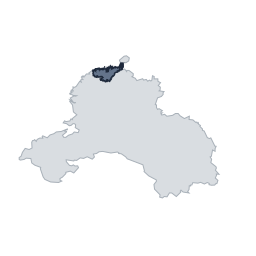 Guangdong on a map of China (Albers equal-area conic projection), rotated 193°
{"feature_id": "CHN-1180", "entity_name": "Guangdong", "entity_type": "Province", "adm_level": 1, "iso_a3": "CHN", "parent_name": "China", "parent_adm1": "", "projection": "albers", "projection_center": [112.97, 22.878], "detail": "fine", "context": "in_parent", "style": "filled", "palette": "slate", "viewbox_px": 256, "rotation_deg": 193, "n_neighbors": 0, "source": "natural_earth", "source_scale": "10m", "svg_char_len": 9186}
<svg xmlns="http://www.w3.org/2000/svg" viewBox="0 0 256 256"><g transform="rotate(193 128 128)"><path d="M140.0,184.3L135.1,182.1L134.7,179.9L135.7,178.8L132.1,178.1L130.1,176.2L124.8,179.3L123.6,178.2L121.1,179.4L119.3,178.0L117.8,179.5L116.3,178.9L115.5,179.8L115.9,184.4L114.1,184.1L113.6,181.7L110.0,182.6L109.3,180.2L106.5,179.5L108.1,176.2L105.7,175.1L105.3,172.0L106.0,171.2L101.1,171.6L101.8,170.3L101.3,168.6L102.6,166.2L106.0,164.0L106.7,156.9L105.4,156.9L104.9,154.4L103.4,152.8L102.1,153.8L98.4,152.6L99.6,151.3L99.2,150.0L98.1,150.4L99.0,149.2L98.0,148.2L95.4,149.6L92.8,148.2L87.5,150.3L85.0,152.8L82.4,153.4L80.0,151.6L75.2,149.9L70.9,153.3L70.4,150.0L66.6,150.5L63.2,148.7L62.3,149.3L61.5,148.3L60.8,149.1L59.9,147.4L58.0,146.8L58.3,145.7L55.2,143.8L55.0,142.5L53.1,142.2L48.6,136.5L46.4,136.0L45.1,137.0L39.3,129.9L38.0,130.0L38.5,127.4L37.9,124.9L40.7,125.6L40.4,119.2L41.5,118.3L39.5,116.4L39.5,112.9L33.6,110.1L32.9,108.9L33.3,106.5L28.9,103.4L31.6,103.0L31.1,102.0L31.7,98.9L28.6,97.2L28.9,93.8L29.9,93.6L30.7,91.9L33.8,91.0L36.3,91.0L36.4,92.3L38.5,92.7L41.0,90.6L45.0,91.4L47.4,90.0L52.6,89.3L52.9,86.9L54.3,86.4L54.0,85.6L55.3,85.5L54.7,81.7L55.6,79.5L53.9,78.4L60.0,78.0L62.4,79.4L62.9,78.3L62.1,77.5L65.5,72.1L70.7,74.5L73.0,74.1L74.5,69.7L77.3,69.4L78.7,67.6L81.6,67.8L81.7,70.1L88.4,74.4L90.0,78.8L88.3,82.5L88.8,83.8L97.0,86.0L102.6,89.2L102.4,90.1L105.2,95.5L121.8,97.8L123.8,99.4L128.8,101.4L131.4,101.0L131.4,101.9L133.0,102.2L139.0,99.8L147.4,99.5L150.9,98.3L152.9,96.1L155.9,94.8L154.2,92.2L155.8,89.6L161.3,90.8L164.4,88.4L167.9,88.1L170.7,84.9L173.1,84.6L173.4,83.7L181.1,83.1L180.5,81.3L176.6,78.4L174.3,78.5L173.0,79.8L171.2,79.0L168.5,79.8L167.3,78.2L170.7,72.0L174.5,73.0L178.7,70.8L178.3,69.6L180.9,65.3L182.9,63.5L182.5,61.9L180.6,61.4L183.4,59.3L191.2,58.0L197.4,59.2L199.7,61.3L204.2,68.5L204.2,70.0L210.4,70.8L213.9,72.3L215.8,76.4L220.4,75.7L222.2,74.0L225.7,72.5L226.9,72.8L227.4,74.7L225.8,76.5L225.4,80.5L223.6,85.0L219.5,84.8L217.0,86.9L218.6,92.4L218.2,94.2L216.2,95.2L216.6,95.9L214.4,94.3L213.9,96.5L211.6,98.4L208.7,98.9L209.7,100.3L209.3,101.2L204.5,100.3L202.4,103.7L198.9,105.8L197.0,108.0L192.3,109.6L186.9,113.4L186.7,112.7L188.6,111.8L189.0,110.7L187.1,110.8L187.1,110.2L190.2,106.2L188.6,104.5L186.5,104.9L184.3,107.6L180.8,109.7L179.5,112.0L175.5,112.3L175.1,115.1L179.5,116.5L179.7,119.3L180.9,120.1L182.5,119.9L184.1,117.7L185.7,117.0L188.8,118.4L192.3,118.4L191.4,120.7L189.9,120.3L186.2,121.8L185.7,123.9L184.1,123.7L184.5,124.5L180.8,129.3L184.8,131.4L187.2,137.9L190.8,140.8L190.6,141.6L186.1,140.2L184.4,141.0L186.8,140.6L191.0,144.2L187.8,147.1L186.2,147.2L185.3,147.9L189.1,147.4L192.2,149.0L190.2,150.7L191.9,150.6L191.8,152.1L190.1,152.2L191.0,152.9L190.3,154.2L190.9,155.6L189.2,155.6L187.8,156.9L185.5,162.7L183.8,162.2L185.0,164.0L183.5,165.2L182.2,165.0L184.0,165.4L184.2,168.0L182.5,167.8L182.9,168.7L181.8,168.8L180.7,171.3L177.6,172.0L178.5,172.9L176.0,175.7L174.2,175.5L172.6,178.5L163.3,180.4L161.4,178.0L160.7,178.8L161.5,181.6L159.7,181.7L157.8,183.5L156.9,182.6L156.7,183.6L155.3,183.2L154.0,184.4L149.4,185.2L148.4,186.8L149.7,188.6L149.1,189.5L147.3,189.2L146.5,186.9L147.6,184.6L146.2,183.7L144.6,184.7L142.0,182.7L142.1,183.8L140.0,184.3ZM150.3,190.2L151.6,192.2L147.9,197.1L145.7,198.0L142.5,196.6L142.4,193.5L144.8,191.1L150.3,190.2ZM191.0,142.4L189.8,142.3L188.6,141.3L189.5,141.4L191.0,142.4ZM192.9,148.2L192.0,148.4L191.7,147.9L192.9,148.2ZM184.9,167.1L184.5,167.8L184.5,166.9L184.9,167.1ZM148.9,186.6L149.8,186.3L149.7,186.8L148.9,186.6Z" fill="#d9dde1" stroke="#a8b0b8" stroke-width="1"/><path d="M164.8,180.0L163.4,180.4L163.1,180.3L162.8,180.7L162.7,180.4L162.8,180.4L162.5,180.1L162.3,179.4L161.9,179.4L161.9,179.2L161.8,178.9L161.7,179.0L161.7,178.8L161.8,178.3L161.7,178.7L161.7,178.3L161.6,178.7L161.6,178.3L161.5,178.5L161.4,178.2L162.0,177.9L162.5,177.9L162.1,177.8L161.3,178.2L161.0,178.0L160.9,178.1L161.3,178.3L161.2,178.7L160.2,178.8L160.7,178.9L161.3,179.3L161.1,179.5L160.8,179.4L161.7,180.2L161.5,180.7L161.5,181.0L161.6,181.3L161.6,181.6L161.3,181.9L160.5,181.0L160.0,180.2L160.0,180.5L160.9,181.8L160.6,181.8L160.4,182.1L160.3,182.3L160.0,182.5L159.8,182.1L159.8,181.6L159.7,181.7L159.6,182.1L159.5,182.8L159.1,183.2L158.7,182.7L158.0,183.2L157.9,183.5L157.7,183.5L157.2,183.2L157.5,182.7L157.1,182.7L157.1,182.3L156.9,182.6L157.1,183.4L157.0,183.7L156.7,183.8L156.3,183.6L156.3,183.2L156.2,183.3L155.7,183.4L155.7,183.0L155.4,183.3L155.1,182.9L155.2,183.3L155.6,183.5L155.0,183.9L154.9,183.9L155.1,183.8L154.9,183.7L154.3,183.4L154.6,183.7L154.7,183.9L154.6,184.0L154.4,184.1L154.1,184.5L153.9,184.3L154.0,184.5L153.5,184.5L153.4,184.2L153.3,184.3L153.4,184.5L153.1,184.4L153.3,184.5L152.7,184.8L152.9,184.6L152.4,184.5L152.6,184.6L152.0,184.7L151.8,184.4L151.6,184.5L151.6,184.8L151.9,184.6L152.0,184.7L151.7,184.9L151.2,185.1L150.8,185.0L150.3,185.6L150.4,185.2L150.3,185.3L150.3,185.1L150.7,184.9L150.8,184.8L150.3,185.1L150.3,185.7L150.0,185.6L149.7,185.7L149.5,185.8L149.5,185.4L149.7,185.5L149.7,185.4L149.7,185.2L149.5,185.3L149.5,185.0L149.4,185.0L149.3,184.9L149.3,184.7L149.2,184.8L149.3,185.3L149.1,185.2L149.4,185.6L149.4,185.9L148.7,186.5L148.6,186.3L148.4,186.6L148.4,187.2L149.2,187.2L149.4,187.6L149.3,187.8L149.2,187.7L149.1,187.3L148.9,188.0L149.0,187.9L149.0,188.1L149.4,188.3L149.6,188.4L149.8,188.8L149.3,189.5L148.8,189.7L148.7,189.6L148.2,189.7L147.9,189.5L147.4,189.7L147.5,189.4L147.2,189.0L147.4,188.9L147.7,189.3L147.8,188.9L147.6,188.7L147.5,188.8L147.5,188.6L147.4,188.9L147.4,188.7L147.1,188.6L147.2,188.2L147.1,188.4L147.0,188.2L146.8,188.1L146.8,187.9L147.2,187.7L147.0,187.8L146.9,187.2L146.8,187.4L146.6,187.2L146.7,187.4L146.5,186.9L146.7,186.4L146.5,186.0L146.7,185.8L146.9,185.9L146.9,185.7L146.9,185.1L147.0,185.2L147.5,185.1L147.7,184.7L147.2,184.5L147.1,184.3L146.9,184.2L146.9,183.9L147.1,183.9L147.5,183.8L147.8,183.0L148.3,182.9L149.3,182.9L149.2,181.7L149.5,181.6L149.7,181.9L150.0,181.7L150.3,181.8L150.5,181.4L150.9,181.3L150.6,181.0L150.5,180.5L150.8,180.1L151.5,180.0L151.6,179.8L151.9,179.8L152.1,179.6L152.5,179.4L153.1,178.8L153.4,178.1L153.2,177.8L153.2,176.9L153.6,175.9L154.2,175.6L154.1,175.2L154.3,174.9L154.8,174.9L154.9,174.6L155.2,174.3L155.1,173.3L155.8,172.8L155.6,172.3L155.7,172.0L155.4,171.7L155.4,171.4L156.0,170.9L156.2,171.0L156.3,170.5L156.1,170.3L156.4,169.3L158.0,169.6L158.3,170.1L158.8,170.4L159.4,170.3L159.3,169.4L159.5,169.2L159.0,169.1L158.9,168.8L159.1,168.8L160.2,168.0L160.5,168.0L160.7,168.4L161.0,168.5L161.4,168.5L161.5,168.8L162.0,168.6L162.3,168.7L162.7,168.3L163.2,168.3L163.2,169.0L163.6,168.8L164.2,168.9L164.8,168.5L165.2,168.4L165.3,168.7L165.8,168.9L165.7,169.4L165.9,169.6L164.7,170.2L164.3,171.0L163.8,171.5L164.5,171.9L164.7,172.2L165.6,171.8L165.8,172.0L166.0,171.6L166.4,171.8L166.7,171.5L167.1,171.3L167.5,171.4L167.9,171.1L168.2,171.1L168.5,170.9L169.5,171.9L169.9,171.8L169.7,170.8L170.0,170.6L170.3,170.6L170.2,170.4L170.8,170.4L171.1,170.6L171.6,170.6L171.7,170.8L172.1,170.6L172.6,171.6L173.2,171.3L173.6,171.3L173.5,171.9L174.0,172.5L174.4,173.2L174.2,173.8L174.7,175.1L175.2,175.6L174.9,175.9L174.8,175.5L174.4,175.7L174.2,175.5L174.1,176.4L173.7,176.8L173.3,176.8L172.8,176.5L173.0,176.9L173.6,176.9L173.9,177.2L173.8,177.3L173.5,177.1L173.3,177.1L173.5,177.2L173.3,177.6L173.1,177.3L172.7,177.3L172.8,177.4L173.1,177.4L172.8,177.8L173.0,178.2L172.7,178.5L172.3,178.6L171.9,178.4L171.6,178.4L171.9,178.4L171.4,178.9L171.2,179.0L171.3,178.7L171.0,178.6L171.1,178.8L170.1,179.4L170.1,179.1L169.6,178.8L169.8,178.6L169.2,179.0L169.1,178.9L168.6,178.6L168.9,178.7L168.8,179.0L169.2,179.0L169.4,178.9L169.0,179.3L169.2,179.5L169.3,179.4L169.2,179.7L168.5,179.6L168.3,179.4L168.6,179.3L168.6,179.2L168.4,179.3L167.9,179.2L168.2,179.0L168.2,178.7L168.0,179.0L167.7,179.1L167.3,179.2L167.1,179.6L166.8,179.4L166.5,179.4L166.9,179.7L166.6,180.2L166.1,180.0L166.0,179.5L166.3,179.2L166.2,179.1L165.2,179.6L165.2,179.8L165.5,179.9L165.1,180.2L165.3,180.2L165.6,180.4L165.2,180.7L164.8,180.0ZM149.9,186.5L149.8,186.9L149.5,186.6L148.8,186.7L148.9,186.4L149.0,186.4L148.9,186.3L149.3,186.2L149.4,186.4L149.8,186.3L149.9,186.5ZM158.5,183.5L158.9,183.6L158.6,183.8L158.7,184.3L158.4,184.1L158.5,183.8L158.3,183.8L158.5,183.5ZM161.2,178.8L161.7,179.4L160.9,178.8L161.2,178.8ZM154.9,184.0L155.6,184.0L154.8,184.3L154.9,184.0ZM150.2,185.8L149.9,186.2L149.4,185.9L149.9,185.8L150.0,186.0L150.2,185.8ZM161.5,179.5L161.8,179.8L161.8,180.1L161.2,179.6L161.5,179.5ZM174.4,176.4L175.1,176.2L175.1,176.5L174.4,176.4ZM158.0,183.7L158.1,184.0L157.6,184.2L157.7,183.9L158.0,183.7ZM161.0,182.2L161.0,182.5L160.6,182.5L160.9,182.2L161.0,182.2ZM160.8,181.9L160.6,182.2L160.4,182.1L160.8,181.9ZM150.1,186.8L150.1,187.1L149.9,187.0L150.1,186.8ZM161.2,182.1L161.4,182.0L161.5,182.2L161.3,182.3L161.2,182.1ZM160.5,182.9L160.4,183.1L160.3,182.8L160.5,182.9ZM149.6,188.1L149.6,188.3L149.4,188.0L149.6,188.1ZM161.4,178.6L161.5,178.8L161.3,178.7L161.4,178.6ZM174.6,175.9L174.5,176.0L174.3,176.0L174.6,175.9ZM161.8,180.7L161.9,180.8L161.7,180.8L161.8,180.7ZM164.4,182.2L164.4,182.3L164.0,182.4L164.4,182.2ZM162.4,182.5L162.2,182.6L162.4,182.5Z" fill="#64748b" stroke="#1e293b" stroke-width="1.5"/></g></svg>